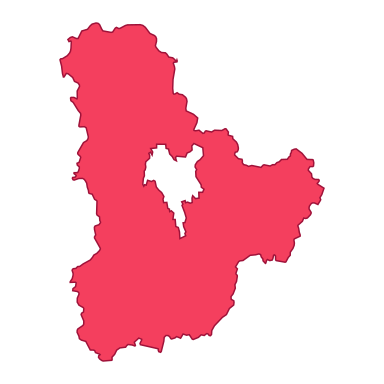 Kiev, Albers equal-area conic projection
{"feature_id": "UKR-321", "entity_name": "Kiev", "entity_type": "Region", "adm_level": 1, "iso_a3": "UKR", "parent_name": "Ukraine", "parent_adm1": "", "projection": "albers", "projection_center": [30.544, 50.332], "detail": "fine", "context": "isolated", "style": "filled", "palette": "rose", "viewbox_px": 384, "rotation_deg": 0, "n_neighbors": 0, "source": "natural_earth", "source_scale": "10m", "svg_char_len": 5892}
<svg xmlns="http://www.w3.org/2000/svg" viewBox="0 0 384 384"><path d="M96.0,23.0L98.0,23.3L99.5,24.5L101.8,29.3L102.9,30.9L111.1,32.4L112.7,32.0L115.2,28.2L116.4,27.4L118.7,28.5L119.9,28.4L125.4,25.5L127.5,24.9L140.2,24.7L142.8,25.4L145.3,27.3L149.9,33.4L154.5,35.6L155.7,36.7L156.5,38.7L156.5,41.3L155.4,45.7L156.0,47.2L158.8,50.8L161.4,52.5L165.4,52.8L166.8,54.1L168.8,57.1L172.7,57.8L174.9,59.7L175.6,61.0L176.6,60.8L176.9,60.0L177.2,61.0L176.9,61.9L173.8,62.3L173.3,63.2L174.5,66.9L174.8,69.0L173.0,79.5L172.7,88.4L173.2,93.3L173.9,94.1L174.9,94.0L177.1,92.7L179.2,94.2L182.4,94.7L185.6,97.3L186.5,98.8L187.0,101.4L185.8,108.3L186.2,110.9L193.5,114.3L197.7,118.0L196.9,122.7L194.0,129.1L193.8,130.1L194.1,130.5L195.6,130.8L199.0,130.2L202.9,133.4L204.2,133.0L205.3,131.2L206.1,130.8L211.6,132.0L214.6,130.2L221.8,130.5L225.1,128.7L226.1,128.9L228.4,132.1L228.1,134.8L228.4,135.2L232.6,136.4L232.8,138.7L236.4,142.1L237.7,144.6L238.4,148.1L238.2,149.8L237.3,151.7L235.2,152.3L234.7,153.9L234.7,155.0L238.4,158.7L242.0,159.3L242.4,160.7L242.3,162.7L243.6,164.6L246.5,165.3L248.5,166.4L251.8,165.5L261.0,167.4L263.2,165.1L264.1,164.8L270.1,166.0L272.6,164.7L274.9,164.7L276.9,162.6L279.2,161.8L281.5,159.5L287.3,159.3L289.0,156.9L290.4,155.9L290.4,154.0L291.3,152.4L291.6,150.4L294.2,149.2L296.2,148.9L302.0,153.3L307.0,159.4L312.6,159.6L313.2,160.0L313.8,162.9L313.5,166.0L312.8,166.6L310.0,166.6L308.4,169.0L308.3,170.3L311.5,173.8L311.9,177.1L312.8,178.3L314.9,179.4L318.5,179.5L319.2,180.2L319.0,181.3L317.2,183.5L317.8,184.3L324.0,188.2L321.8,194.6L319.9,197.7L320.7,199.6L320.4,200.4L317.9,204.5L314.3,202.9L312.6,202.9L311.3,203.5L309.4,206.1L309.0,208.0L309.2,209.2L311.1,212.3L311.1,213.3L310.4,214.8L307.4,218.0L305.7,218.5L303.7,218.1L302.4,221.3L298.1,225.1L297.8,225.8L298.6,228.1L299.3,232.3L300.2,235.1L300.1,236.2L294.3,238.9L293.9,240.0L294.4,243.1L294.1,245.5L292.9,248.5L290.3,252.2L290.2,255.3L288.3,257.4L285.9,261.9L285.1,262.2L276.2,260.6L275.6,259.9L275.5,255.9L274.6,254.9L273.6,255.2L272.9,258.5L272.3,260.0L269.8,260.6L267.4,259.5L266.5,260.6L265.8,263.1L265.4,263.4L263.1,260.9L262.8,258.8L261.3,257.0L260.6,254.6L259.0,253.9L255.6,254.8L250.2,255.3L243.0,260.5L239.7,260.9L238.6,261.7L235.5,266.9L237.4,268.9L235.9,273.3L236.2,274.3L237.2,275.3L237.3,276.3L236.5,281.5L234.9,284.7L235.3,288.2L233.1,293.9L231.0,296.6L231.2,299.3L233.8,300.8L234.0,302.4L233.7,305.0L229.4,308.5L226.4,314.6L222.3,317.4L214.4,325.8L211.8,330.5L211.5,334.5L210.5,335.7L209.2,335.5L207.8,333.8L206.7,333.6L204.2,335.5L201.2,334.8L198.4,337.4L193.2,339.5L192.2,339.1L189.3,334.7L186.5,335.2L183.1,334.0L180.6,338.2L176.6,336.6L175.0,337.9L171.6,339.0L170.8,338.6L169.8,336.9L168.3,335.6L165.9,335.5L164.2,337.3L163.8,341.3L161.3,351.4L160.6,352.3L158.8,351.7L158.3,350.5L158.3,349.0L157.5,348.6L140.4,344.7L140.0,343.4L141.6,340.2L141.7,339.3L138.8,338.1L134.3,342.2L135.4,345.4L134.9,346.0L132.2,345.0L128.0,344.5L126.7,345.6L125.6,347.2L119.9,347.9L116.7,350.1L114.6,354.4L112.0,357.2L112.1,359.8L111.8,360.3L103.1,361.0L101.6,360.4L99.6,358.9L98.5,357.3L98.7,355.8L100.1,354.7L99.7,354.2L95.5,352.6L94.7,350.6L93.6,350.1L90.3,350.0L85.8,341.4L81.4,340.1L79.4,338.7L78.9,336.1L77.1,332.3L77.2,330.2L77.9,328.9L82.9,325.5L83.7,324.2L83.8,321.0L81.1,314.6L81.6,313.2L83.5,312.0L83.8,308.7L83.3,307.6L79.0,305.2L77.2,302.1L77.3,298.1L78.9,294.4L79.0,293.4L78.6,292.4L77.3,291.5L72.7,290.7L73.0,288.6L75.6,286.6L76.1,283.2L76.0,282.6L75.3,282.2L70.2,282.4L70.2,281.7L72.2,278.7L73.1,275.1L73.1,273.3L72.1,270.4L72.5,269.3L73.3,268.7L75.9,268.4L77.6,266.6L79.8,266.4L83.2,263.9L90.3,260.0L92.6,257.2L93.8,255.1L96.8,253.4L99.5,250.6L100.4,248.9L100.1,247.9L94.5,237.9L94.5,236.9L95.7,234.9L94.5,229.5L94.4,227.2L95.1,226.0L99.0,224.7L100.5,222.6L100.5,222.0L99.8,220.5L99.5,216.8L97.1,215.1L96.6,213.8L97.0,201.4L96.7,200.6L94.6,199.3L92.2,194.2L89.1,193.4L88.7,192.6L88.4,190.3L87.3,187.2L86.7,183.2L85.4,180.9L84.3,179.4L82.6,178.4L78.7,178.5L74.1,180.1L73.0,179.7L72.4,178.5L72.6,177.5L75.2,177.1L76.2,175.8L76.1,175.3L74.0,173.6L74.1,172.7L77.6,172.6L78.4,171.3L79.3,168.5L79.3,166.9L77.3,165.1L77.0,163.3L79.1,162.3L80.7,157.5L80.4,156.5L78.1,154.4L77.7,153.6L77.8,152.5L83.5,142.6L86.7,140.7L87.6,139.5L88.2,138.2L88.3,136.7L86.2,127.8L84.5,126.7L79.9,126.9L79.0,126.4L78.9,125.3L80.8,115.1L80.6,113.4L78.2,110.5L73.2,102.4L70.9,100.7L70.6,98.8L70.6,97.9L71.1,97.4L73.9,97.4L76.9,98.9L77.3,98.0L77.2,91.0L79.5,86.6L79.4,84.9L78.0,83.0L74.5,81.4L72.7,77.5L68.2,73.8L66.3,73.4L64.1,76.9L63.4,77.0L62.5,73.6L61.6,66.1L60.0,59.8L60.6,58.9L62.6,58.6L67.3,55.7L69.6,53.0L70.5,51.1L71.0,48.3L71.3,41.8L70.8,41.0L69.0,41.6L67.9,39.5L70.3,37.5L72.4,36.8L76.3,38.5L78.1,38.5L81.8,31.0L87.5,29.3L90.2,25.8L92.1,24.1L96.0,23.0ZM195.5,198.6L199.0,198.1L198.8,192.3L202.6,192.3L204.0,189.2L201.3,187.2L201.1,184.7L196.0,176.7L195.7,171.4L196.7,169.6L195.1,167.0L195.3,164.8L197.4,161.5L200.1,159.7L203.5,155.7L202.8,147.7L193.9,143.5L191.8,145.9L192.1,150.0L190.0,151.8L187.1,153.0L185.5,157.0L176.7,156.2L175.5,157.5L176.4,160.8L174.0,159.6L172.2,156.5L169.7,154.0L168.5,149.0L166.1,148.4L165.7,144.3L156.6,144.2L156.6,147.9L150.7,148.5L152.7,152.0L152.1,155.0L150.5,152.2L148.8,153.3L149.7,155.6L149.6,158.3L145.8,161.7L145.4,164.2L145.8,167.1L145.2,169.8L144.2,171.1L144.4,175.9L143.4,178.2L142.8,184.3L143.8,186.2L144.6,184.7L146.2,185.1L147.6,180.3L151.5,181.5L153.7,180.4L155.1,181.3L156.3,187.0L158.7,190.0L161.6,192.5L163.9,196.5L163.0,199.2L163.6,202.6L166.8,202.4L167.8,208.4L169.4,209.1L169.7,211.6L171.3,210.8L173.8,213.1L172.9,219.4L175.2,219.5L175.8,226.5L178.3,227.5L179.5,231.9L179.9,238.6L185.7,235.8L184.9,233.4L185.9,231.9L183.7,226.7L183.1,222.8L184.9,222.6L186.3,218.0L184.7,212.5L182.0,205.4L182.9,204.1L181.7,201.8L185.1,200.6L185.6,202.7L187.6,202.1L190.2,203.2L192.2,202.5L192.0,198.1L192.7,195.7L195.5,198.6Z" fill="#f43f5e" stroke="#9f1239" stroke-width="1.5"/></svg>